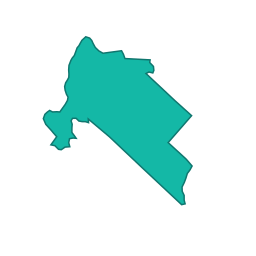 the district of Sete de Setembro, Rio Grande do Sul, Brazil, rotated 313°
{"feature_id": "56859067B16133664835156", "entity_name": "Sete de Setembro", "entity_type": "district", "adm_level": 2, "iso_a3": "BRA", "parent_name": "Brazil", "parent_adm1": "Rio Grande do Sul", "projection": "natural_earth1", "projection_center": [-54.476, -28.157], "detail": "fine", "context": "isolated", "style": "filled", "palette": "teal", "viewbox_px": 256, "rotation_deg": 313, "n_neighbors": 0, "source": "geoboundaries", "source_scale": "gbopen_adm2", "svg_char_len": 1153}
<svg xmlns="http://www.w3.org/2000/svg" viewBox="0 0 256 256"><g transform="rotate(313 128 128)"><path d="M87.4,58.7L84.4,58.1L81.3,57.9L77.1,59.7L74.6,65.4L73.9,73.8L73.5,76.9L73.0,81.8L63.1,83.1L65.2,86.6L65.0,91.7L66.6,94.0L71.1,95.0L74.6,98.2L76.8,94.7L80.3,92.5L83.2,94.7L85.1,97.1L85.8,93.9L86.5,90.0L89.7,87.0L92.7,84.6L94.4,81.5L97.2,80.8L99.7,83.4L99.6,87.3L101.3,90.0L103.7,92.7L105.0,95.5L107.5,92.8L108.9,120.4L108.6,165.8L108.5,219.5L111.5,221.5L113.5,218.3L117.0,215.0L118.7,210.8L121.7,207.8L126.6,206.3L130.7,204.6L135.2,202.4L139.7,201.9L143.9,200.8L144.9,191.9L144.7,167.3L180.4,166.1L180.3,160.1L180.0,143.7L180.1,104.0L183.2,105.1L185.2,108.6L187.8,107.6L190.4,104.6L190.7,99.2L192.9,97.7L176.7,78.4L178.8,74.4L180.1,70.6L165.6,58.7L164.5,54.0L164.6,49.1L166.1,44.6L167.3,41.8L167.6,38.6L165.9,34.9L160.7,34.5L157.3,35.3L154.7,36.0L152.0,36.1L147.3,38.1L144.4,39.3L141.2,39.5L138.6,40.1L133.6,42.1L130.0,45.0L127.2,48.0L124.6,50.2L121.6,51.0L118.5,51.6L115.1,53.4L112.8,56.2L110.7,60.0L109.7,63.1L106.9,64.9L102.4,66.0L97.7,66.6L93.2,67.2L91.4,64.9L88.3,61.9L87.4,58.7Z" fill="#14b8a6" stroke="#0f766e" stroke-width="1.5"/></g></svg>